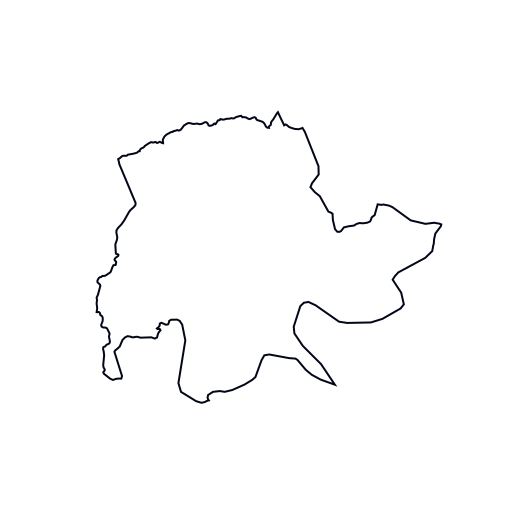 the Province of Razavi Khorasan, rotated 249°
{"feature_id": "IRN-3245", "entity_name": "Razavi Khorasan", "entity_type": "Province", "adm_level": 1, "iso_a3": "IRN", "parent_name": "Iran", "parent_adm1": "", "projection": "albers", "projection_center": [59.461, 35.325], "detail": "fine", "context": "isolated", "style": "outline", "palette": "ink", "viewbox_px": 512, "rotation_deg": 249, "n_neighbors": 0, "source": "natural_earth", "source_scale": "10m", "svg_char_len": 5035}
<svg xmlns="http://www.w3.org/2000/svg" viewBox="0 0 512 512"><g transform="rotate(249 256 256)"><path d="M200.6,71.8L200.8,71.9L201.8,71.7L202.2,71.8L202.6,72.2L203.1,73.3L203.4,73.7L204.3,74.1L205.2,74.0L206.2,73.8L207.1,73.8L209.0,74.3L217.8,78.7L221.5,79.6L223.4,79.8L224.3,80.1L225.3,80.5L225.7,81.0L225.7,81.5L225.6,82.0L225.6,82.6L226.5,84.3L226.7,84.8L226.8,86.1L226.8,87.1L227.1,87.9L228.0,88.7L229.0,89.1L233.4,89.8L234.1,90.2L235.6,91.3L236.4,91.5L241.5,91.0L242.5,90.6L243.3,89.4L243.8,88.2L244.5,87.2L245.4,86.6L246.5,86.5L247.4,87.0L250.2,89.5L252.7,90.6L253.9,90.8L255.2,90.6L255.7,90.3L256.1,89.9L256.5,89.6L257.1,89.6L258.3,89.8L258.9,89.8L259.5,89.6L260.3,88.7L260.4,87.6L260.7,87.1L264.1,89.0L268.5,90.1L270.7,91.1L271.5,91.7L272.3,91.9L273.9,92.2L274.5,92.5L276.4,94.5L283.9,100.0L285.1,100.1L288.3,98.6L289.6,99.0L290.8,100.1L291.9,101.6L292.1,102.5L291.9,104.1L292.3,104.9L292.4,105.5L292.2,106.1L291.9,106.8L291.7,107.6L291.8,109.1L292.9,114.0L293.6,115.0L297.1,118.0L298.2,119.2L298.5,119.7L298.5,120.0L298.3,120.3L298.2,120.5L298.1,120.9L297.9,121.5L298.1,122.0L299.0,122.3L299.4,122.7L299.9,123.0L300.4,123.3L300.8,123.3L302.6,122.6L303.5,122.7L304.4,123.8L304.8,124.9L305.1,126.2L305.5,127.4L306.3,128.0L306.8,127.9L307.2,127.5L307.9,126.4L308.4,126.1L309.0,126.2L317.2,128.8L321.0,132.0L323.1,133.2L327.8,134.0L329.9,134.9L331.6,137.2L333.8,141.8L336.5,145.8L342.6,153.2L343.8,155.1L345.5,159.5L346.7,161.6L348.6,162.6L357.7,162.3L365.7,162.1L378.0,161.7L384.8,161.5L390.6,161.3L393.5,161.8L395.8,162.0L396.3,164.5L396.8,165.6L397.1,166.2L397.2,167.1L397.1,168.0L396.9,168.8L396.6,169.5L396.3,170.0L396.0,170.8L396.1,171.7L396.5,172.7L395.4,178.5L395.1,182.0L395.9,184.0L395.8,184.3L395.7,184.5L395.5,185.0L396.1,185.3L396.5,185.6L396.9,186.1L397.2,186.5L397.4,187.2L397.5,188.0L397.6,189.6L397.8,190.3L398.6,191.7L399.6,196.1L399.8,198.3L399.9,198.6L399.8,199.1L399.2,199.9L398.9,200.4L398.7,201.0L398.6,201.7L398.6,202.4L398.4,203.2L397.9,203.5L397.4,203.7L397.0,204.1L396.9,205.0L397.1,206.4L397.1,207.1L396.4,207.8L395.2,208.8L394.6,209.7L395.4,210.0L396.8,210.2L398.0,210.8L399.0,211.8L400.0,212.9L400.6,213.9L401.1,215.1L401.5,216.3L401.8,218.9L402.0,219.9L402.1,221.1L401.7,222.7L402.1,223.2L402.1,223.9L401.8,225.6L401.8,226.0L401.8,227.3L401.7,227.8L400.9,228.6L400.7,229.0L400.8,230.9L401.7,232.5L403.1,234.7L403.6,235.4L404.2,238.3L404.4,239.7L404.1,241.2L403.3,242.6L402.0,244.3L401.4,245.7L400.9,247.9L400.6,248.7L399.4,250.3L399.1,251.1L398.8,252.6L399.2,256.3L398.7,257.5L397.6,258.2L396.2,258.5L395.0,258.5L394.2,259.2L393.8,260.8L393.8,262.3L393.9,263.0L394.2,263.3L394.5,264.0L394.5,264.7L393.9,265.0L393.6,265.3L393.9,266.0L396.0,268.8L396.2,269.1L396.1,269.9L395.9,270.5L396.0,271.1L396.6,271.8L395.3,273.8L394.9,274.8L394.6,277.8L393.7,280.5L393.6,281.9L393.4,282.6L392.6,283.9L392.4,284.8L392.5,285.6L392.8,286.9L392.8,287.5L392.6,290.0L392.2,292.4L390.4,293.0L390.1,294.2L389.0,296.3L387.1,297.8L386.1,299.0L386.1,300.7L386.3,302.6L386.1,304.3L385.5,305.1L384.8,305.3L384.0,305.3L383.2,305.4L382.4,305.9L382.0,306.4L381.7,306.9L379.1,310.0L378.0,310.8L376.5,311.3L373.3,311.7L371.8,312.5L371.0,314.0L371.6,314.1L372.1,314.4L372.5,314.9L373.0,316.6L373.6,317.1L375.0,317.7L375.7,318.4L376.3,319.2L377.3,321.0L381.7,326.7L382.4,328.0L378.0,328.3L372.0,328.8L367.9,329.1L368.3,330.6L367.4,331.6L364.6,333.1L362.6,335.3L360.7,337.8L359.1,341.2L358.8,344.4L358.9,345.3L354.3,346.1L317.4,346.5L309.6,343.7L303.8,334.3L300.7,331.5L294.5,333.8L289.0,337.0L271.5,339.5L269.7,341.4L268.1,342.6L262.1,340.7L252.7,339.4L249.5,340.6L248.6,342.7L248.9,344.5L251.2,348.3L250.6,353.0L249.3,358.3L249.9,361.4L249.7,364.3L248.1,367.9L247.2,372.0L247.4,375.0L249.1,376.7L250.5,377.7L251.1,379.4L251.6,381.4L260.6,388.1L258.8,391.4L258.4,393.4L255.4,398.2L252.7,400.9L233.8,413.2L225.3,425.7L223.2,434.2L220.6,438.6L219.1,440.3L217.5,439.2L212.7,431.5L207.7,428.2L203.8,426.4L202.4,425.3L197.4,422.3L193.6,413.3L189.7,383.0L187.4,378.4L184.9,375.1L169.7,378.4L157.9,376.7L155.2,372.2L152.0,351.5L152.8,339.4L160.8,317.2L164.9,310.0L188.6,294.0L194.3,288.5L195.2,283.9L193.3,279.4L176.5,265.9L170.0,264.1L155.3,267.5L131.7,278.0L107.6,283.5L117.4,272.1L125.1,265.5L131.9,261.7L144.3,257.4L146.1,256.0L148.8,250.3L159.3,233.1L160.3,228.2L156.6,223.7L143.2,212.1L141.7,208.0L140.1,199.3L139.4,185.9L140.4,178.1L142.9,173.8L144.6,167.1L143.4,161.5L141.1,160.0L139.2,159.9L138.1,160.2L138.3,158.2L138.0,155.7L138.5,152.5L141.9,148.1L156.0,137.3L165.1,138.0L202.6,159.8L218.4,162.5L222.8,161.5L224.9,159.5L226.9,153.9L226.5,151.7L224.5,150.4L223.7,149.3L224.1,147.3L227.6,143.7L227.4,142.0L225.5,141.1L224.4,139.3L223.9,137.5L223.2,137.8L222.3,140.0L220.8,140.2L219.8,138.1L218.2,136.4L215.4,134.4L215.2,131.9L217.6,129.1L221.1,119.0L223.2,116.1L223.8,114.0L223.9,112.6L224.4,111.4L225.9,109.6L227.2,107.3L226.9,104.4L225.4,101.2L220.3,96.3L219.1,93.3L218.4,90.9L217.3,89.5L191.9,87.9L189.8,86.3L190.8,83.8L191.5,81.2L191.5,78.1L193.7,75.9L200.6,71.8Z" fill="none" stroke="#020617" stroke-width="2"/></g></svg>